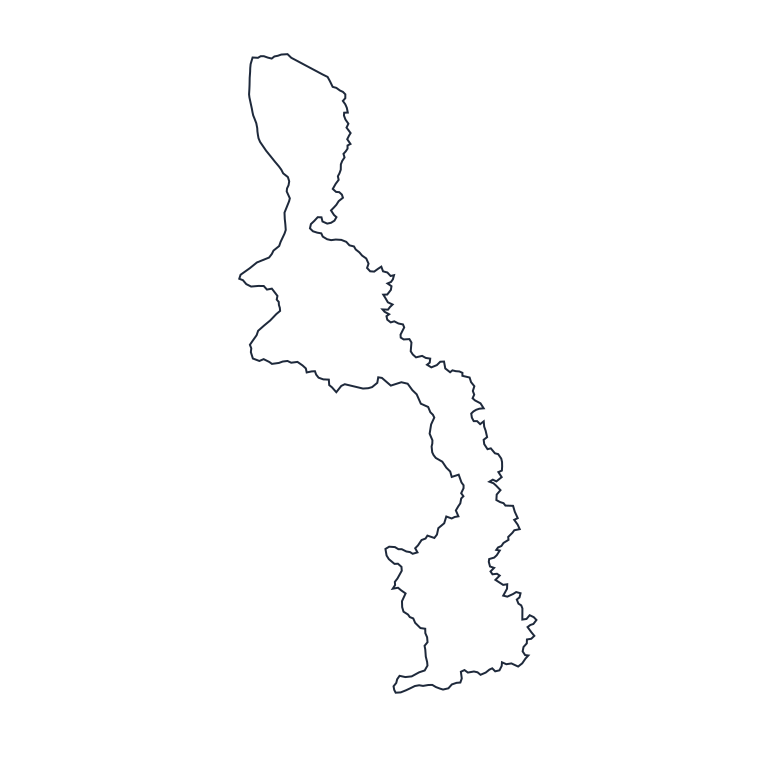 Campina Grande do Sul, Paraná, Brazil (orthographic projection), rotated 104°
{"feature_id": "56859067B91516213917217", "entity_name": "Campina Grande do Sul", "entity_type": "district", "adm_level": 2, "iso_a3": "BRA", "parent_name": "Brazil", "parent_adm1": "Paraná", "projection": "orthographic", "projection_center": [-48.831, -25.183], "detail": "fine", "context": "isolated", "style": "outline", "palette": "slate", "viewbox_px": 768, "rotation_deg": 104, "n_neighbors": 0, "source": "geoboundaries", "source_scale": "gbopen_adm2", "svg_char_len": 5756}
<svg xmlns="http://www.w3.org/2000/svg" viewBox="0 0 768 768"><g transform="rotate(104 384 384)"><path d="M625.7,185.5L621.6,182.3L616.2,180.3L612.5,178.3L612.9,181.5L609.9,184.8L605.4,185.0L601.1,182.7L597.3,183.5L595.6,179.5L592.0,177.2L589.2,181.0L585.1,185.9L582.4,183.7L580.7,181.0L576.1,179.0L574.0,182.3L573.1,186.7L577.5,188.9L579.1,192.8L568.3,195.4L565.6,197.3L564.6,200.4L561.0,203.0L558.3,200.9L554.0,200.9L553.9,205.4L556.5,207.9L560.5,212.9L560.5,217.1L552.9,215.1L548.5,216.0L550.1,219.8L547.1,228.5L541.9,225.4L540.8,228.5L542.4,232.7L540.1,235.3L535.8,232.7L535.4,237.0L531.2,239.3L528.4,239.6L525.8,235.1L522.9,233.2L517.6,231.4L517.8,234.9L515.0,233.8L512.8,230.9L509.3,229.6L505.1,225.5L502.4,226.5L497.3,223.4L494.4,222.2L492.0,217.2L488.1,220.3L484.3,224.8L481.8,221.8L476.3,226.2L471.0,229.3L472.6,236.8L470.7,239.2L470.5,242.7L469.4,246.9L464.0,247.9L458.8,245.3L455.5,250.6L453.8,253.8L453.3,258.1L450.5,255.3L451.3,251.4L445.9,247.3L441.8,251.7L439.5,248.7L435.5,249.4L431.1,250.6L428.0,252.2L424.4,256.3L424.4,259.6L420.6,264.8L422.2,267.8L418.1,272.2L414.0,273.8L410.6,271.1L404.7,274.1L401.1,276.5L396.1,278.2L399.7,281.0L397.5,284.7L398.3,288.0L395.4,290.6L391.6,292.2L389.0,290.6L386.7,288.3L384.9,285.5L383.5,281.4L379.4,285.7L377.9,291.8L376.4,294.6L372.5,293.9L369.3,296.1L364.3,295.8L361.1,300.0L357.0,302.5L357.1,309.9L354.2,310.6L353.6,313.9L354.2,317.5L354.2,320.9L356.6,322.7L354.1,328.3L347.7,331.2L348.8,334.8L352.9,337.3L356.4,342.1L354.9,346.9L352.2,344.8L348.2,345.3L348.6,349.8L347.5,353.8L350.4,359.4L348.4,363.2L345.8,366.0L337.1,367.4L334.3,370.2L336.0,375.7L334.9,379.0L332.1,379.9L324.2,378.1L321.6,380.0L321.8,384.6L320.7,389.2L322.6,392.4L320.8,396.4L317.6,398.0L315.1,395.9L313.8,400.9L312.0,403.5L310.9,398.1L308.0,396.9L304.8,394.9L303.8,400.0L299.7,404.0L297.5,406.3L296.4,402.5L291.0,400.1L287.3,400.4L285.6,404.9L283.3,401.9L280.3,400.7L276.0,400.6L277.6,403.7L275.0,407.7L274.9,412.2L270.8,415.0L273.6,417.6L277.3,420.7L278.0,424.7L275.5,428.5L271.0,428.1L266.5,431.6L264.7,436.3L262.2,439.8L260.3,444.0L257.8,446.4L257.8,451.1L255.2,455.0L254.5,460.3L255.5,465.7L257.2,470.1L257.3,474.2L255.8,479.1L253.0,481.3L253.3,485.4L253.0,489.9L250.9,493.5L246.5,493.6L242.6,491.1L238.2,488.7L237.4,485.0L241.2,483.0L242.1,477.9L240.4,474.4L237.5,471.6L233.6,470.5L232.1,473.4L228.4,477.4L224.8,475.3L221.7,473.6L217.5,472.2L213.2,468.9L210.4,470.7L208.7,473.8L209.2,477.0L207.1,480.9L201.4,479.3L196.9,477.4L193.6,479.0L190.4,478.2L186.5,477.8L181.3,479.0L177.6,478.5L173.7,477.1L170.5,479.0L167.5,477.4L164.4,476.3L161.4,477.1L159.2,474.6L155.4,478.9L151.4,478.0L148.6,477.1L144.3,482.4L140.1,481.5L136.7,485.4L133.2,487.8L130.4,488.3L129.4,484.8L125.0,486.9L122.0,489.2L119.3,492.4L116.0,490.7L112.3,491.6L110.5,494.5L109.9,497.7L108.2,501.9L108.1,505.7L103.4,509.6L99.7,513.0L98.5,518.5L94.0,536.5L89.9,552.9L87.3,557.4L89.2,563.4L91.2,566.4L92.7,569.6L95.4,571.7L95.4,575.7L95.0,579.9L95.8,583.0L98.0,585.2L99.0,590.5L105.9,590.8L109.9,590.2L113.6,589.4L119.4,588.4L123.3,587.5L126.4,586.8L130.8,585.9L135.6,585.0L138.5,583.9L142.6,581.9L148.9,578.8L152.0,577.4L155.0,575.9L157.6,574.0L161.9,571.0L166.4,568.9L169.6,567.9L172.8,566.6L175.9,565.2L179.1,562.8L182.1,559.4L186.2,554.8L191.1,548.3L194.7,543.6L198.3,538.6L200.9,535.5L204.0,532.8L206.5,527.3L210.3,525.0L214.2,524.7L217.7,525.4L220.7,525.0L226.6,520.3L229.6,520.3L241.8,522.0L247.9,520.2L250.6,519.2L253.4,518.2L258.3,516.6L262.1,516.9L271.1,518.7L275.5,519.1L281.3,523.5L285.0,524.3L289.1,526.1L296.8,536.7L304.2,542.3L312.7,549.6L316.9,549.9L317.4,546.0L320.4,541.8L321.6,536.5L319.3,529.8L318.0,524.4L320.7,520.4L318.6,515.9L324.3,508.7L328.1,508.5L329.8,506.0L332.7,505.1L335.3,503.5L338.2,502.5L342.2,505.4L349.9,509.8L356.3,514.5L362.8,519.0L367.5,519.4L373.6,521.8L378.4,523.6L381.5,521.4L385.3,520.9L391.0,517.4L391.8,510.5L389.0,506.8L390.4,500.5L391.6,497.6L389.0,491.1L386.7,487.7L385.0,483.2L385.8,479.2L383.5,473.3L385.7,467.5L387.8,463.6L391.5,461.8L389.3,457.3L388.3,454.1L391.3,452.1L393.7,449.0L394.2,444.0L393.1,438.6L398.3,436.9L399.8,433.7L403.5,428.3L396.2,425.0L393.7,422.0L393.5,403.3L391.9,398.3L389.9,394.8L384.5,390.8L378.9,391.2L378.6,387.5L383.9,377.0L378.1,367.6L378.0,361.1L383.1,355.0L386.1,349.8L394.2,343.5L395.6,335.6L400.2,332.2L402.0,329.1L404.4,327.1L411.8,328.5L421.2,327.7L426.9,323.4L430.2,322.7L433.1,322.7L438.6,320.7L441.0,318.7L443.2,315.9L445.3,308.6L450.1,303.3L452.9,298.6L457.8,295.8L453.9,289.6L460.8,285.0L463.0,282.3L465.9,281.6L471.3,282.7L473.7,279.8L476.4,281.4L481.4,281.1L484.6,282.3L489.3,283.7L494.4,279.8L495.9,283.2L498.1,285.8L497.5,291.5L504.6,291.9L510.7,296.4L517.3,296.2L521.2,297.9L520.6,305.2L523.9,306.3L526.3,309.8L532.4,312.0L535.8,314.0L539.3,310.8L541.8,315.1L540.8,318.1L541.1,321.8L540.0,326.8L540.8,330.1L539.6,333.9L540.6,339.6L543.7,342.7L549.8,340.0L552.8,336.9L556.0,330.3L555.0,327.0L557.2,322.8L560.9,321.6L569.5,323.9L573.4,325.6L576.4,324.6L580.5,326.0L578.3,321.1L580.0,317.6L582.0,312.4L590.4,314.0L596.1,312.4L600.2,310.0L601.9,304.9L603.9,302.6L604.4,298.9L608.2,296.0L612.0,289.6L611.5,284.8L615.8,283.6L619.3,280.9L624.0,279.3L628.2,281.3L631.7,279.7L638.4,277.5L643.3,274.9L646.7,273.7L652.1,275.2L655.2,280.1L661.0,286.4L663.2,292.4L663.4,298.3L667.3,299.8L671.1,299.8L675.0,301.6L678.3,300.1L680.7,298.0L679.2,293.2L675.9,288.6L673.3,285.4L669.6,281.0L667.8,277.0L667.5,273.1L665.3,268.1L664.3,264.3L665.5,260.3L666.0,256.1L666.2,252.8L663.7,247.9L659.1,245.5L656.4,241.3L655.2,237.7L650.9,237.3L644.6,239.8L642.1,236.7L643.7,232.8L641.2,227.2L641.1,223.5L642.8,220.0L639.4,215.5L635.6,212.6L633.7,210.2L635.9,206.6L633.9,202.7L629.1,201.6L625.5,202.2L626.3,197.5L624.3,192.8L625.7,185.5Z" fill="none" stroke="#1e293b" stroke-width="2"/></g></svg>